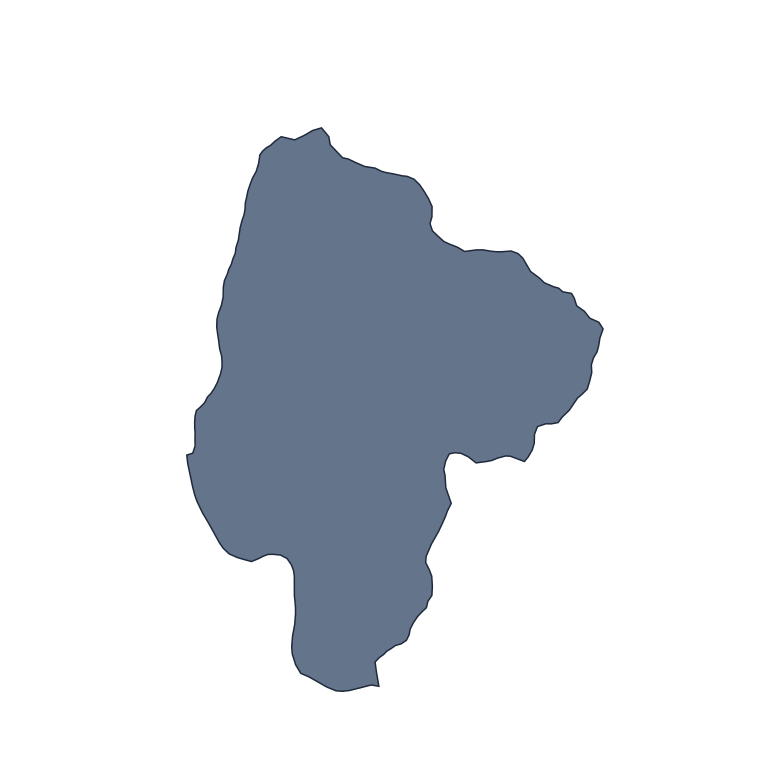 Arealva, São Paulo, Brazil (Natural Earth projection), rotated 153°
{"feature_id": "56859067B4619335794739", "entity_name": "Arealva", "entity_type": "district", "adm_level": 2, "iso_a3": "BRA", "parent_name": "Brazil", "parent_adm1": "São Paulo", "projection": "natural_earth1", "projection_center": [-48.98, -22.076], "detail": "fine", "context": "isolated", "style": "filled", "palette": "slate", "viewbox_px": 768, "rotation_deg": 153, "n_neighbors": 0, "source": "geoboundaries", "source_scale": "gbopen_adm2", "svg_char_len": 2703}
<svg xmlns="http://www.w3.org/2000/svg" viewBox="0 0 768 768"><g transform="rotate(153 384 384)"><path d="M582.7,286.0L575.6,285.4L569.4,285.4L564.7,284.8L560.3,282.7L553.9,278.6L549.6,272.5L548.6,264.7L549.3,258.9L551.1,253.6L556.7,242.5L560.0,236.0L562.3,229.9L564.5,224.7L567.0,219.7L572.5,210.6L580.0,200.8L585.4,192.0L588.3,185.1L590.2,173.9L589.5,163.9L584.1,157.5L572.4,139.8L566.1,132.5L560.8,129.2L554.0,126.6L532.0,121.6L525.8,117.0L521.6,130.5L518.2,140.3L512.3,142.4L507.1,143.2L502.7,144.7L498.1,145.0L492.7,145.8L486.6,144.7L480.5,145.4L475.5,149.1L471.9,153.8L466.4,157.8L459.6,161.6L452.8,164.0L447.8,165.4L443.6,170.4L437.3,173.9L432.9,181.5L428.7,191.1L428.0,197.8L427.9,206.0L424.8,211.2L414.2,220.0L402.4,227.8L395.4,233.2L389.7,237.8L385.1,242.1L378.3,247.1L376.0,263.5L371.1,274.9L369.6,280.7L364.0,287.4L357.6,292.1L352.3,290.7L347.0,287.4L342.0,281.0L337.8,271.9L332.9,270.2L327.9,268.4L322.6,266.9L316.4,266.4L308.4,264.7L304.2,262.3L294.1,251.2L288.7,253.5L281.9,257.9L277.0,263.0L272.8,270.8L266.6,276.4L257.9,275.1L253.0,272.5L246.4,270.6L240.3,273.6L230.6,276.6L222.9,280.9L217.9,283.6L212.1,285.0L205.2,287.2L199.6,293.0L193.8,299.7L190.5,307.0L185.3,312.3L179.6,315.9L175.3,320.7L170.8,326.9L163.8,333.6L164.5,341.4L170.8,349.3L172.4,357.7L176.8,366.2L175.5,374.2L175.8,379.6L182.9,385.0L184.9,390.1L188.8,393.7L195.2,401.4L197.6,408.2L202.3,417.6L203.2,433.1L205.4,439.4L210.4,444.8L218.6,448.2L223.8,450.8L228.5,453.8L234.9,458.6L241.2,461.7L252.0,465.5L256.2,472.2L262.8,479.7L266.0,483.9L268.5,490.5L271.3,498.4L270.2,506.1L265.5,511.0L260.6,520.3L260.2,529.0L260.8,537.4L261.8,545.4L264.3,552.9L269.1,558.5L273.1,561.1L279.9,566.7L286.5,571.7L290.1,575.1L293.9,580.4L302.5,586.6L308.9,594.4L313.8,600.8L318.2,604.4L323.3,621.6L320.9,629.4L323.4,640.6L332.6,642.3L342.2,641.7L352.8,642.1L363.3,651.0L371.1,649.8L377.0,648.1L381.6,647.9L386.1,646.7L390.5,644.6L395.6,637.4L401.5,631.3L407.6,627.2L412.6,622.7L417.7,617.7L421.8,612.5L425.3,608.4L428.4,602.9L431.9,598.3L436.3,594.1L441.2,588.6L445.3,582.8L448.4,578.4L453.9,572.8L457.1,568.1L461.5,564.4L465.7,560.0L470.4,556.5L473.9,552.9L479.2,548.6L483.1,543.4L487.8,534.6L493.0,528.1L499.1,522.5L503.3,517.7L507.2,510.7L509.4,504.5L511.6,497.8L514.5,489.9L516.0,482.6L518.6,476.5L521.0,472.1L524.9,467.4L531.8,461.0L537.5,456.9L542.6,454.1L547.1,452.6L552.3,448.8L558.4,446.7L563.1,445.6L566.7,441.5L569.9,436.2L572.5,431.0L574.7,425.8L577.7,420.2L580.4,414.6L585.8,409.2L592.0,410.2L594.9,402.5L596.6,396.3L601.1,379.6L603.0,371.2L603.9,364.5L604.1,357.2L604.2,351.6L603.5,340.5L602.7,317.0L601.8,310.5L599.1,302.9L593.4,295.9L589.1,291.8L582.7,286.0Z" fill="#64748b" stroke="#1e293b" stroke-width="1.5"/></g></svg>